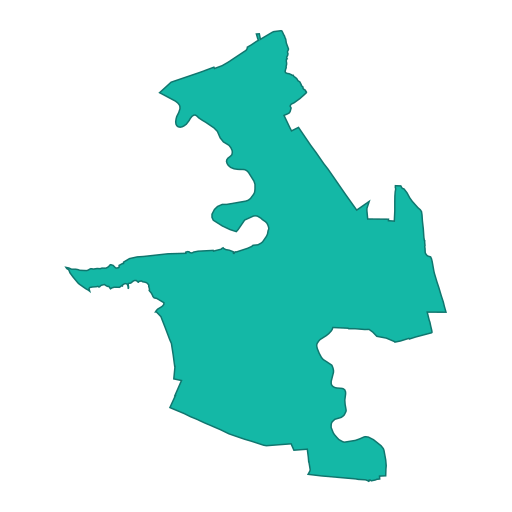 Lespezi, Iasi, Romania
{"feature_id": "2599482B74644698541677", "entity_name": "Lespezi", "entity_type": "district", "adm_level": 2, "iso_a3": "ROU", "parent_name": "Romania", "parent_adm1": "Iasi", "projection": "orthographic", "projection_center": [26.683, 47.358], "detail": "fine", "context": "isolated", "style": "filled", "palette": "teal", "viewbox_px": 512, "rotation_deg": 0, "n_neighbors": 0, "source": "geoboundaries", "source_scale": "gbopen_adm2", "svg_char_len": 6016}
<svg xmlns="http://www.w3.org/2000/svg" viewBox="0 0 512 512"><path d="M409.7,197.8L407.0,192.8L404.3,189.3L403.8,188.8L402.9,188.6L401.9,187.9L400.8,185.9L395.4,185.7L395.3,187.4L395.7,188.9L395.2,191.9L394.9,196.1L394.8,201.4L394.8,210.9L394.3,221.1L388.4,220.7L388.5,219.2L367.7,219.0L366.9,210.8L366.9,208.9L367.0,208.1L369.2,201.4L356.7,210.1L345.5,194.4L328.0,169.1L323.7,163.6L316.3,152.9L310.6,145.2L298.5,127.4L291.5,130.9L289.6,127.2L284.0,115.4L287.5,113.9L289.4,112.8L290.2,111.3L291.1,108.0L290.1,106.1L290.4,105.3L291.3,104.1L294.2,102.7L300.1,98.4L306.1,93.0L306.5,92.2L306.3,91.8L305.7,91.5L305.7,90.8L305.0,89.9L303.8,89.4L303.7,89.0L303.3,88.8L303.0,88.3L303.0,87.1L301.4,85.6L301.4,85.2L301.2,84.6L299.8,81.9L297.8,80.6L297.3,79.5L296.6,78.5L295.3,77.4L294.0,76.6L293.1,75.2L292.1,75.3L291.4,74.7L289.1,73.7L287.1,73.4L286.2,73.0L285.5,72.5L285.1,71.5L285.8,68.6L286.2,67.9L286.1,66.5L286.6,64.3L286.6,63.0L286.3,61.3L286.4,59.3L287.2,58.8L286.8,58.2L286.7,57.0L287.6,55.5L288.0,53.8L287.6,53.0L287.5,51.3L288.3,49.9L288.5,49.0L286.3,43.0L285.7,39.1L284.8,37.3L284.6,36.2L283.8,34.9L282.4,31.9L281.8,30.9L281.0,30.7L273.8,31.6L272.4,32.2L260.4,39.3L259.3,33.8L256.4,34.0L257.8,38.9L258.5,40.3L256.6,41.3L251.3,44.9L247.3,47.2L247.4,47.8L247.0,48.9L246.1,50.3L228.0,62.3L222.1,65.7L214.5,68.5L213.9,67.2L199.9,72.4L171.1,82.2L159.6,92.7L175.4,101.1L177.7,102.9L179.3,104.8L179.9,106.4L180.0,108.7L178.8,112.4L176.7,116.6L176.1,118.9L175.7,121.7L176.0,124.2L176.8,125.7L178.2,126.8L180.2,127.2L182.1,126.8L183.8,126.0L186.3,124.2L189.0,120.7L190.4,118.3L192.0,116.3L193.7,115.2L195.1,115.0L196.5,115.7L198.8,117.9L202.2,120.2L205.6,122.2L214.0,127.9L217.4,131.4L220.2,137.9L223.4,141.9L229.0,145.3L230.9,147.8L232.2,150.7L232.3,152.6L231.9,154.7L230.5,156.2L227.9,158.2L226.8,159.8L226.5,161.4L227.1,163.5L228.3,165.4L230.6,167.4L234.0,168.8L238.2,169.4L243.8,169.5L245.2,169.8L246.9,170.8L248.5,172.4L254.0,181.2L255.0,184.4L255.0,189.0L254.8,191.0L254.5,192.6L253.6,194.3L250.5,198.5L248.3,200.2L245.9,201.1L226.8,204.4L222.3,204.4L217.5,206.5L214.5,209.4L212.0,214.2L212.0,217.4L213.3,220.2L222.4,226.0L230.1,229.6L236.3,231.6L238.1,229.6L244.7,220.0L253.5,216.0L255.5,215.8L257.4,216.1L260.8,218.1L262.4,219.6L265.5,221.7L267.0,223.3L268.1,225.6L268.8,228.1L268.7,229.1L268.1,230.7L267.5,234.1L266.4,236.4L262.6,241.9L261.1,243.1L258.0,244.8L253.0,245.3L251.6,246.5L247.6,248.3L236.6,251.9L235.0,251.9L234.1,253.4L233.5,253.4L233.2,251.7L229.2,250.2L225.8,249.6L223.7,248.5L223.1,247.8L221.8,248.5L221.2,249.2L213.5,251.1L213.2,250.4L198.1,251.2L193.5,252.1L192.9,252.6L191.4,253.0L189.5,252.4L189.1,251.8L187.5,251.6L185.7,252.2L185.9,253.3L167.9,253.8L143.4,256.5L137.2,256.9L129.5,258.6L123.6,262.1L123.5,263.5L122.4,263.6L119.1,265.4L119.1,267.1L118.5,267.7L117.5,267.9L116.1,268.1L115.3,267.6L113.1,265.4L110.8,264.7L110.2,264.8L108.6,266.6L107.3,267.5L105.7,268.2L102.0,268.1L100.1,268.7L97.1,268.5L93.2,269.1L92.1,268.8L90.9,268.7L89.8,269.1L88.2,270.1L86.7,270.6L79.8,270.3L77.9,269.6L75.6,269.2L71.5,269.2L68.9,268.0L66.0,267.4L66.8,268.6L68.2,269.4L68.9,270.1L70.0,272.9L73.1,277.1L78.1,283.1L79.1,284.0L83.3,287.0L85.9,288.8L88.3,290.1L89.7,291.2L89.0,288.6L89.8,287.5L92.3,287.0L96.4,286.7L97.9,286.3L98.9,287.0L99.6,286.8L100.6,285.7L101.6,285.2L104.4,284.5L105.2,285.1L106.9,286.1L107.5,286.4L108.8,286.4L110.5,288.8L111.9,287.9L114.3,287.2L119.5,287.3L121.8,285.6L122.4,285.9L122.5,285.0L124.6,283.7L125.6,283.6L127.0,284.0L127.4,284.5L128.2,287.0L128.1,288.1L128.4,288.2L128.6,287.2L128.2,284.5L128.5,283.5L128.9,283.3L130.7,283.1L133.5,280.9L134.5,280.5L136.3,280.5L138.2,282.2L138.5,282.2L138.8,281.5L139.1,281.3L141.6,281.0L142.5,281.7L143.3,281.9L144.3,282.0L146.6,282.7L147.5,283.5L148.6,284.8L148.8,285.4L148.7,286.3L149.5,289.1L149.2,290.5L151.1,292.8L152.2,294.7L153.0,296.6L154.2,297.9L156.7,298.4L163.9,302.7L163.8,304.4L162.6,306.0L161.7,306.7L157.7,309.1L156.4,310.5L155.5,311.9L156.1,311.9L156.6,312.1L160.9,316.6L165.2,327.6L169.8,339.8L171.4,343.4L173.2,355.0L174.7,366.4L175.0,366.4L173.8,378.9L181.5,380.5L174.9,395.6L175.4,395.6L169.9,407.6L184.5,413.7L190.5,416.7L196.2,419.0L204.6,422.9L220.3,429.6L228.9,433.8L244.2,439.1L251.4,441.2L263.6,445.2L266.4,445.7L291.1,443.8L293.9,450.2L307.3,449.2L308.3,457.1L308.7,461.8L308.9,461.8L309.0,462.4L310.2,469.7L310.0,470.8L308.1,474.3L321.3,475.9L355.7,478.9L358.3,479.4L365.4,479.8L367.4,480.5L368.7,481.3L369.1,481.0L368.9,480.7L369.1,480.1L370.3,480.1L371.3,480.8L375.2,480.0L376.9,479.3L379.7,479.0L379.5,476.1L385.7,475.8L385.9,469.2L386.2,465.7L385.7,459.9L384.0,450.6L383.5,449.0L383.0,448.2L381.0,445.7L373.5,439.7L368.4,437.1L365.6,436.7L364.2,436.9L359.6,438.9L355.4,440.4L344.3,442.2L342.7,441.7L338.9,439.6L336.9,437.5L334.4,434.6L333.2,432.7L331.1,427.4L331.2,424.4L331.5,423.1L332.2,421.8L334.8,419.3L341.2,417.4L342.8,416.3L344.2,415.0L345.9,411.6L346.1,410.7L346.0,409.5L345.1,404.3L344.8,400.1L345.6,394.0L345.6,392.7L345.5,391.7L344.7,389.8L343.1,388.7L341.9,388.4L336.9,388.0L335.0,387.6L333.4,386.8L332.4,386.0L331.6,384.9L331.2,383.6L331.2,381.3L333.5,372.2L333.5,370.4L333.0,368.1L332.2,366.0L331.7,365.1L323.2,359.5L321.4,357.4L319.2,353.3L317.4,348.9L316.9,347.0L316.7,345.6L316.8,344.5L317.2,343.3L318.9,340.8L320.0,339.6L326.3,335.6L328.8,333.6L331.2,331.0L332.1,329.6L332.9,327.5L348.0,328.2L348.7,328.7L355.0,328.7L364.8,329.5L369.1,329.4L372.8,332.1L376.8,336.3L386.3,338.1L394.3,341.5L394.7,341.7L394.9,342.1L400.4,341.0L408.7,338.4L409.1,338.4L409.4,339.0L415.6,337.0L431.5,332.8L431.9,332.5L432.0,332.1L431.7,330.2L430.8,326.5L429.9,322.2L429.2,320.2L427.2,312.1L446.0,312.2L444.3,306.2L443.3,302.0L441.3,295.9L438.8,287.5L436.9,281.8L434.4,273.4L433.9,271.3L432.2,261.7L431.5,258.8L430.6,256.9L428.0,256.1L427.0,255.5L425.6,253.6L425.2,252.6L425.0,248.3L424.7,246.7L425.0,245.6L424.7,242.7L424.7,240.6L424.4,240.5L423.9,237.6L423.3,228.9L422.4,220.9L422.0,214.9L421.5,211.6L420.3,209.8L417.9,207.7L412.2,201.3L409.7,197.8Z" fill="#14b8a6" stroke="#0f766e" stroke-width="1.5"/></svg>